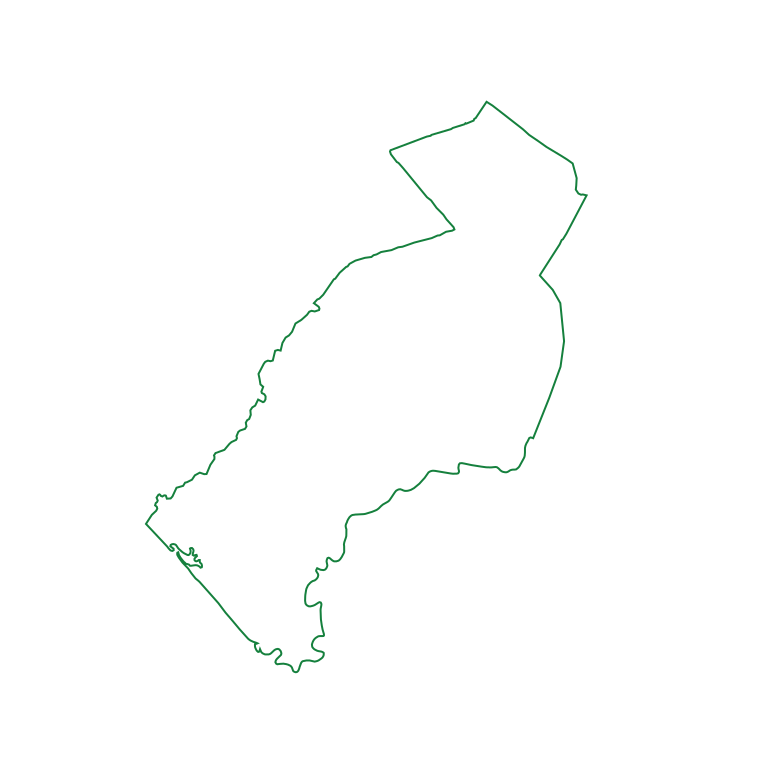 Moyuta, Jutiapa, Guatemala (Mercator projection), rotated 25°
{"feature_id": "79465075B23671365948765", "entity_name": "Moyuta", "entity_type": "district", "adm_level": 2, "iso_a3": "GTM", "parent_name": "Guatemala", "parent_adm1": "Jutiapa", "projection": "mercator", "projection_center": [-90.132, 13.908], "detail": "fine", "context": "isolated", "style": "outline", "palette": "green", "viewbox_px": 768, "rotation_deg": 25, "n_neighbors": 0, "source": "geoboundaries", "source_scale": "gbopen_adm2", "svg_char_len": 6159}
<svg xmlns="http://www.w3.org/2000/svg" viewBox="0 0 768 768"><g transform="rotate(25 384 384)"><path d="M487.9,127.4L484.1,128.2L482.6,129.2L479.7,129.2L475.7,126.8L474.4,123.0L471.6,116.0L461.8,104.4L455.3,103.2L448.2,102.3L431.1,100.5L420.7,98.6L410.2,96.9L402.2,94.4L369.0,86.8L364.6,85.8L357.7,84.9L354.7,104.3L353.8,105.5L353.9,107.4L348.6,113.2L347.6,113.2L347.3,114.5L338.2,122.8L337.1,124.6L321.7,138.2L321.4,139.3L318.3,141.6L291.1,169.4L291.2,170.8L293.2,172.9L301.8,177.4L303.7,177.5L310.1,180.3L344.1,196.6L349.1,197.7L357.2,202.2L366.2,205.5L371.1,208.4L380.8,212.5L382.5,214.2L380.9,216.3L375.9,219.8L371.7,225.7L369.8,226.8L365.6,231.6L351.7,243.0L342.7,251.8L339.1,254.1L334.2,259.5L325.6,265.6L322.5,269.7L320.1,271.7L318.9,274.2L313.4,277.7L306.0,284.2L302.0,289.6L301.3,292.8L300.2,293.9L296.8,301.9L295.3,309.2L294.3,310.3L291.2,328.8L289.3,334.0L287.8,335.6L286.3,340.4L292.2,341.6L293.6,342.9L293.9,344.4L290.6,347.5L287.4,348.3L285.7,350.1L285.0,353.8L282.0,360.8L278.2,366.6L278.6,375.5L277.4,380.1L275.2,383.5L274.6,389.7L276.2,397.4L273.4,398.0L271.3,399.9L273.3,409.7L271.5,411.3L268.9,411.9L267.0,414.1L266.5,416.4L266.0,427.9L269.3,432.3L272.2,436.6L275.7,437.6L276.1,442.7L277.1,443.8L279.9,443.9L281.9,445.2L283.1,448.1L282.9,450.5L282.0,451.6L276.5,451.3L276.4,458.0L274.5,460.9L274.0,464.3L276.3,468.3L276.6,472.7L275.3,474.6L275.1,477.5L277.3,480.6L277.0,483.4L273.2,487.0L272.2,489.0L272.4,493.7L273.6,495.2L273.6,497.1L270.3,501.1L269.2,503.6L267.2,511.1L260.5,517.8L260.1,520.6L261.1,521.6L262.0,523.7L260.8,530.5L261.2,540.6L259.1,541.7L254.5,542.2L251.2,546.7L250.4,551.9L246.9,556.3L245.4,557.5L245.0,561.2L239.8,565.7L239.8,575.3L239.0,577.9L235.7,579.7L233.5,577.4L232.5,577.5L231.7,578.0L230.7,579.6L229.0,579.7L228.1,579.1L227.2,578.9L226.4,579.7L225.9,583.1L228.2,585.3L228.2,587.0L227.5,588.3L227.8,590.7L230.0,591.3L231.2,592.8L231.1,595.2L228.9,600.7L227.4,611.4L255.9,622.8L257.1,623.4L258.2,624.0L260.7,625.0L261.6,625.0L262.8,624.7L263.6,623.5L262.9,622.2L260.4,621.7L258.9,621.3L258.7,620.0L259.7,618.7L260.9,618.0L262.6,617.7L263.7,617.9L266.8,619.8L268.3,620.4L272.5,621.6L274.5,621.9L278.1,622.0L279.2,621.6L279.7,620.7L279.9,619.1L279.7,618.0L279.2,616.9L277.7,615.1L278.4,614.2L279.4,613.8L280.9,614.4L281.7,615.3L282.1,616.5L282.4,618.6L282.9,619.8L284.4,619.9L285.1,618.9L286.3,618.1L287.2,619.0L286.3,621.3L286.1,622.5L286.6,623.6L287.6,624.1L288.7,624.1L289.9,623.1L290.4,621.9L291.4,621.4L292.1,622.8L292.7,623.6L294.5,624.1L295.3,624.9L296.0,625.9L296.3,627.1L295.3,628.0L294.2,627.5L292.6,627.3L291.6,627.3L290.7,627.5L289.7,627.9L288.5,628.6L285.9,630.3L284.9,630.7L283.6,630.1L281.9,630.3L280.4,630.7L279.4,630.2L277.6,629.7L275.1,628.5L272.8,627.3L270.5,625.7L268.6,623.5L268.0,624.2L268.4,625.5L269.1,626.4L271.5,628.1L276.8,631.0L284.5,634.0L289.4,636.9L295.4,639.9L298.9,640.8L300.5,641.3L326.5,652.6L337.0,658.2L346.3,662.4L357.0,667.4L368.5,672.3L370.1,672.7L371.4,672.9L374.4,672.9L377.7,672.5L378.9,672.5L378.1,673.4L377.0,673.6L377.1,674.6L378.0,676.4L378.7,677.3L379.8,678.3L381.1,679.3L382.0,679.7L383.2,680.0L384.1,679.2L383.7,676.7L385.7,678.5L386.7,679.1L388.1,679.4L390.2,679.4L391.3,679.0L393.9,677.7L394.9,676.7L395.5,675.6L396.6,672.8L397.1,671.6L397.8,670.5L398.6,669.7L399.8,668.9L401.3,668.8L403.2,669.7L404.3,670.8L405.0,671.9L405.1,673.2L403.3,677.9L403.0,678.9L402.8,680.2L403.1,682.0L404.4,683.0L405.7,683.1L407.9,681.7L411.0,680.0L413.8,679.2L415.6,678.9L417.8,678.9L419.2,679.2L420.4,679.9L422.9,682.4L423.8,682.7L424.8,682.7L425.9,682.5L426.7,681.9L427.2,681.1L427.5,680.0L427.4,677.7L427.1,676.1L426.8,672.4L426.8,671.4L427.1,670.2L427.6,669.5L430.6,667.3L433.4,666.0L438.5,664.9L440.4,663.4L441.5,662.2L443.2,659.3L443.8,658.0L444.0,656.5L443.9,655.2L443.4,653.9L442.9,653.1L441.6,652.9L440.3,653.0L437.4,653.8L436.0,654.0L433.5,653.9L432.4,653.7L431.4,653.3L430.5,652.9L429.8,652.2L428.8,650.6L428.6,649.5L428.4,647.6L428.5,645.9L428.8,644.5L429.4,643.0L430.8,640.8L431.5,640.1L433.3,639.1L434.7,638.5L435.7,637.9L435.8,637.1L435.2,636.0L432.2,632.6L429.7,629.2L426.3,624.0L422.1,615.8L421.5,614.2L420.8,611.3L420.3,609.9L419.1,608.8L417.9,608.9L417.1,609.7L414.9,613.2L414.1,614.2L413.3,615.0L412.1,616.0L411.0,616.8L409.6,617.3L407.9,617.2L407.1,617.0L405.7,616.2L404.1,613.8L402.5,610.1L401.8,608.3L400.6,604.1L400.2,602.3L400.2,601.0L400.2,598.5L401.1,595.6L401.6,594.4L402.6,592.8L404.2,591.3L405.1,589.6L405.5,588.1L405.6,586.9L405.2,585.0L404.5,584.1L401.6,582.2L401.2,581.4L401.3,579.2L404.0,579.2L405.2,579.1L407.7,578.3L408.8,577.4L409.2,576.7L409.6,575.5L409.6,573.4L409.3,572.3L407.0,569.2L406.6,568.1L406.4,567.0L406.4,565.6L407.3,564.8L408.5,564.8L411.3,565.6L412.5,565.8L413.7,565.8L415.7,564.9L416.6,564.1L417.5,563.3L417.9,562.4L418.3,561.5L418.8,558.8L419.0,554.6L419.0,553.6L418.7,552.6L416.3,547.6L415.6,546.6L415.2,545.3L414.9,544.1L414.4,539.5L414.1,537.8L413.2,535.7L411.3,531.5L410.3,530.5L409.3,529.0L409.0,528.2L408.8,526.9L408.8,524.8L408.6,523.3L408.7,521.5L409.0,519.3L409.8,517.3L410.7,516.1L413.3,514.4L420.8,510.4L422.2,509.4L427.3,504.8L429.9,502.0L430.9,500.7L431.8,499.0L433.0,495.7L434.0,493.6L437.2,489.1L438.0,487.4L438.6,484.1L439.6,477.5L440.1,475.6L441.0,474.3L441.8,473.4L443.2,472.5L445.1,472.3L446.5,472.3L447.9,472.1L448.9,471.7L450.2,471.0L451.2,470.3L453.1,468.6L455.2,465.7L458.2,459.4L459.7,454.5L460.5,452.0L461.7,445.3L462.7,443.8L463.7,442.8L465.0,441.9L467.2,441.1L482.3,436.9L484.4,436.2L488.0,434.4L489.0,433.5L489.1,431.9L488.4,430.7L487.8,430.0L486.8,428.5L485.9,425.3L486.3,423.8L488.0,422.8L490.7,422.1L497.6,420.5L507.3,417.7L511.8,416.3L516.2,414.4L520.1,412.1L521.5,411.7L523.5,412.1L526.1,413.1L528.0,413.4L529.1,413.3L531.1,412.8L532.5,412.1L533.6,410.9L534.9,408.8L535.9,407.9L536.7,407.3L538.7,406.3L539.9,405.5L541.1,403.0L541.5,401.6L542.1,392.3L542.1,390.9L541.8,389.4L540.7,386.5L538.8,382.4L538.3,380.2L538.2,378.6L538.2,377.2L538.4,375.6L538.5,371.6L539.4,370.5L540.8,370.2L542.1,370.1L539.6,326.5L536.7,293.8L529.1,269.1L509.6,236.2L497.2,227.4L479.4,219.8L479.4,218.6L484.2,183.2L484.2,178.4L485.0,177.2L485.8,170.6L487.9,127.4Z" fill="none" stroke="#15803d" stroke-width="2"/></g></svg>